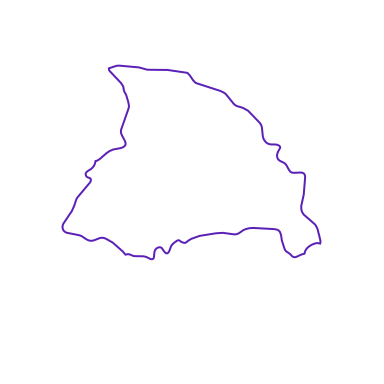 SVG path tracing the border of Ha'il, rotated 32°
{"feature_id": "SAU-847", "entity_name": "Ha'il", "entity_type": "Region", "adm_level": 1, "iso_a3": "SAU", "parent_name": "Saudi Arabia", "parent_adm1": "", "projection": "natural_earth1", "projection_center": [41.874, 27.094], "detail": "fine", "context": "isolated", "style": "outline", "palette": "violet", "viewbox_px": 384, "rotation_deg": 32, "n_neighbors": 0, "source": "natural_earth", "source_scale": "10m", "svg_char_len": 3179}
<svg xmlns="http://www.w3.org/2000/svg" viewBox="0 0 384 384"><g transform="rotate(32 192 192)"><path d="M312.2,193.4L311.1,193.4L308.0,192.6L303.1,192.4L301.9,192.0L299.9,190.6L293.8,185.4L290.5,181.5L288.7,180.0L287.7,179.3L286.6,178.9L285.5,178.7L284.4,178.8L283.3,179.1L281.0,180.1L263.2,189.9L259.7,192.4L257.5,194.7L255.8,197.0L253.9,201.5L253.2,202.8L252.2,204.1L250.6,205.4L239.8,210.3L234.2,214.3L221.8,225.1L216.3,232.0L215.0,234.5L214.2,236.5L213.8,237.7L213.2,238.7L212.3,239.3L210.0,239.9L208.9,240.0L207.8,239.8L206.7,239.8L205.8,240.3L205.1,241.3L204.1,243.6L203.3,246.0L203.1,247.2L203.0,248.3L203.1,249.5L204.0,254.1L204.0,254.6L204.0,255.5L203.9,256.5L203.3,257.3L202.4,257.7L201.3,257.6L200.2,257.3L196.5,255.7L195.7,255.5L194.7,255.6L193.5,256.2L192.3,257.6L191.7,258.9L191.5,260.2L191.6,261.4L191.9,262.7L194.1,267.1L194.4,267.8L194.5,268.7L194.3,269.6L193.4,270.4L192.3,270.8L187.8,271.3L186.3,271.7L184.5,272.5L177.0,277.0L175.3,277.5L172.5,277.9L170.6,278.6L168.8,280.4L164.7,279.1L151.5,276.9L143.3,277.3L142.0,277.6L140.4,278.2L139.1,279.1L138.1,280.1L134.6,284.8L133.6,285.8L132.7,286.6L131.8,287.1L131.2,287.4L130.3,287.7L129.3,287.9L127.3,288.1L121.6,287.9L119.3,288.4L107.5,292.9L106.4,293.1L105.3,293.1L104.3,293.0L103.3,292.6L102.4,292.1L101.9,291.7L101.1,290.8L100.5,289.8L99.9,288.4L99.7,286.9L100.2,271.8L99.4,266.1L97.9,259.9L97.7,258.5L97.8,256.8L100.5,237.7L100.3,236.5L99.9,235.4L98.9,234.4L97.8,234.4L95.5,234.9L94.4,234.8L93.4,234.3L92.5,233.5L92.0,232.3L92.0,230.9L92.6,229.2L94.3,225.8L94.5,225.1L94.9,223.0L95.0,221.8L94.8,220.3L94.6,219.2L93.8,216.8L94.5,216.3L95.3,215.0L96.2,213.2L99.0,204.1L100.4,201.0L102.5,197.9L108.3,192.5L109.2,191.4L110.0,190.2L110.4,189.1L110.6,187.9L110.4,186.7L109.4,185.4L108.3,184.4L102.6,181.1L100.8,179.8L100.1,179.0L99.4,178.0L98.9,176.9L93.9,154.6L93.4,153.4L92.8,152.2L90.0,149.2L84.5,144.4L81.7,142.9L80.3,141.8L79.2,140.7L79.1,140.4L78.0,139.2L76.3,138.2L73.7,137.1L58.7,133.2L57.5,132.8L56.8,132.3L56.0,131.1L61.1,125.0L62.2,124.2L63.3,123.4L81.1,114.4L89.3,112.0L106.7,101.4L124.5,93.6L125.5,93.5L128.4,94.3L133.8,96.7L136.5,97.4L137.6,97.5L162.4,91.3L165.8,90.9L167.7,90.9L169.3,91.2L180.6,95.1L182.3,95.4L183.5,95.4L184.7,95.3L190.4,93.7L195.4,93.4L196.6,93.4L212.6,97.4L214.8,98.3L215.8,99.1L216.9,100.0L222.6,107.3L223.9,108.5L225.5,109.6L227.9,110.5L229.6,110.8L231.1,110.7L232.5,110.3L233.8,109.8L237.6,107.5L238.9,106.9L240.3,106.6L241.9,106.6L242.9,107.2L243.3,107.7L243.4,108.1L243.6,112.4L243.8,113.2L244.1,114.4L244.8,116.1L245.9,117.4L247.5,118.5L248.8,118.9L250.1,119.0L254.7,118.5L256.3,118.7L257.6,119.1L262.6,121.9L264.4,122.6L265.7,122.7L266.7,122.5L268.6,121.5L274.0,117.8L275.3,117.2L276.9,117.0L278.2,117.5L279.3,118.4L280.1,119.5L288.1,134.9L292.1,146.1L293.7,148.5L294.8,149.7L296.1,150.7L297.7,151.5L299.0,152.0L313.5,154.3L315.1,155.0L317.3,156.3L318.3,157.1L326.1,164.6L327.4,166.2L328.0,167.8L325.3,168.9L325.2,169.0L324.6,169.5L323.1,171.0L321.9,172.7L320.6,175.0L319.9,176.7L319.4,178.5L319.3,179.6L319.2,180.8L319.3,182.0L319.8,184.0L320.1,184.7L318.2,186.7L314.6,192.1L314.0,192.6L313.1,193.2L312.2,193.4Z" fill="none" stroke="#5b21b6" stroke-width="2"/></g></svg>